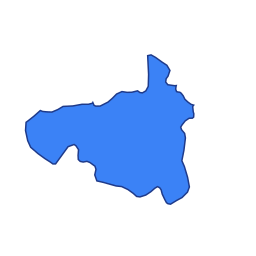 the Statistical Region of Probištip, rotated 216°
{"feature_id": "MKD-2904", "entity_name": "Probištip", "entity_type": "Statistical Region", "adm_level": 1, "iso_a3": "MKD", "parent_name": "North Macedonia", "parent_adm1": "", "projection": "mercator", "projection_center": [22.168, 41.948], "detail": "fine", "context": "isolated", "style": "filled", "palette": "blue", "viewbox_px": 256, "rotation_deg": 216, "n_neighbors": 0, "source": "natural_earth", "source_scale": "10m", "svg_char_len": 1460}
<svg xmlns="http://www.w3.org/2000/svg" viewBox="0 0 256 256"><g transform="rotate(216 128 128)"><path d="M171.4,127.9L168.9,126.4L167.0,126.7L163.4,129.4L159.4,137.2L158.1,142.8L157.2,148.8L154.3,153.9L149.7,156.3L145.9,159.2L142.1,163.7L139.2,163.7L137.0,164.9L135.4,168.5L136.1,173.6L142.8,183.4L154.6,198.1L152.3,200.7L147.2,201.3L139.6,201.3L133.4,201.6L127.9,199.2L126.1,193.5L126.1,190.3L124.5,187.3L121.2,186.4L115.0,189.7L113.9,190.7L113.5,189.7L112.2,187.4L110.1,186.0L108.7,186.5L107.1,187.4L105.4,187.4L102.3,186.5L98.9,184.7L94.8,184.2L91.0,184.2L88.3,185.1L88.3,183.4L84.7,179.4L83.1,178.2L81.3,175.4L81.7,173.8L84.3,171.8L85.9,167.4L86.1,162.5L85.9,159.7L83.7,158.1L79.0,156.9L75.7,153.7L69.7,142.9L65.2,133.2L59.8,130.0L50.9,123.2L43.7,116.4L42.2,111.1L43.4,103.5L46.1,97.9L48.8,91.4L49.4,91.1L51.2,90.2L53.0,90.2L56.3,91.8L61.4,94.6L64.9,97.5L67.3,98.3L69.7,97.9L70.9,95.0L72.1,89.8L74.2,84.2L77.8,79.3L80.8,77.7L85.3,78.2L91.8,78.2L98.7,76.9L103.6,74.1L116.5,69.3L122.1,66.9L127.3,70.5L129.6,75.7L132.3,77.7L138.6,77.7L141.6,76.9L144.3,74.1L147.0,72.9L149.7,73.3L152.3,76.5L155.3,81.4L159.5,83.0L161.9,83.0L165.5,77.7L165.5,68.5L165.5,56.4L167.6,54.8L170.9,54.8L177.2,54.4L185.8,54.4L195.4,55.2L201.7,58.8L209.4,65.7L213.8,72.7L212.9,75.6L211.0,82.4L209.2,90.6L206.8,91.2L202.9,93.5L198.9,96.2L195.6,101.7L193.2,107.3L185.6,113.4L179.1,120.2L173.9,124.0L171.3,127.2L171.4,127.9Z" fill="#3b82f6" stroke="#1e3a8a" stroke-width="1.5"/></g></svg>